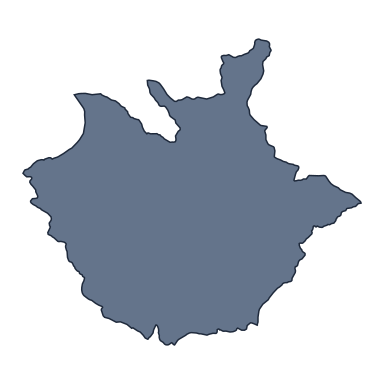 the district of Solok Selatan, Sumatera Barat, Indonesia
{"feature_id": "22746128B25846553351835", "entity_name": "Solok Selatan", "entity_type": "district", "adm_level": 2, "iso_a3": "IDN", "parent_name": "Indonesia", "parent_adm1": "Sumatera Barat", "projection": "albers", "projection_center": [101.284, -1.364], "detail": "fine", "context": "isolated", "style": "filled", "palette": "slate", "viewbox_px": 384, "rotation_deg": 0, "n_neighbors": 0, "source": "geoboundaries", "source_scale": "gbopen_adm2", "svg_char_len": 5902}
<svg xmlns="http://www.w3.org/2000/svg" viewBox="0 0 384 384"><path d="M147.3,80.5L147.7,85.1L149.5,88.9L150.0,92.6L150.8,94.2L154.1,97.7L155.5,100.1L157.9,102.6L159.1,105.2L160.0,106.0L161.1,106.3L164.2,106.1L165.6,106.9L167.9,110.3L169.2,113.6L169.5,115.1L170.4,116.5L175.2,120.0L175.8,123.0L180.1,127.9L180.2,129.4L179.7,130.3L178.3,131.2L175.5,136.0L176.0,139.2L175.8,140.7L175.2,141.8L173.1,142.2L172.7,142.0L170.1,142.3L164.3,138.9L162.9,137.3L161.3,136.4L160.0,134.9L158.4,134.7L157.0,133.7L150.6,133.8L148.0,132.9L146.9,133.8L144.3,131.2L142.5,127.4L141.6,124.0L139.0,120.1L138.3,119.6L137.2,119.5L133.9,118.5L132.8,117.6L130.6,117.3L127.9,113.5L127.6,111.7L125.1,109.1L124.8,107.9L121.8,106.5L120.7,105.7L119.0,103.6L115.4,100.9L111.4,100.0L106.9,97.0L105.2,96.6L101.9,95.0L100.7,93.8L92.1,94.7L85.4,93.4L81.1,93.5L78.7,93.7L74.3,94.8L82.9,107.2L83.9,108.8L84.7,111.6L84.6,115.1L85.2,122.8L83.4,133.5L79.6,139.6L77.4,142.3L71.8,148.1L69.2,149.5L63.6,153.5L57.5,157.1L54.0,158.2L52.2,159.1L50.7,157.8L48.9,157.7L44.7,159.2L43.9,160.1L43.4,159.8L41.3,159.7L38.1,160.5L37.1,160.9L33.4,163.8L30.6,167.2L29.3,167.9L28.1,169.0L25.0,169.9L24.3,170.8L23.0,173.3L24.9,175.3L26.7,176.8L30.4,176.7L31.5,177.3L31.8,177.9L31.6,179.0L30.0,180.9L29.8,182.2L31.0,184.3L32.7,186.1L35.7,189.9L35.8,191.8L37.7,195.9L37.7,197.1L37.3,197.9L35.9,198.4L32.4,198.7L30.6,201.0L30.6,201.9L31.2,202.9L33.2,204.5L35.9,205.9L37.6,207.3L40.6,208.6L41.2,209.6L47.6,213.2L51.0,216.8L51.4,218.8L51.1,220.3L49.2,223.1L49.6,225.7L50.3,226.7L50.1,227.7L47.8,232.6L48.2,234.4L51.5,235.9L52.3,236.8L54.0,237.8L57.8,241.3L58.8,241.6L60.9,241.4L64.1,242.1L65.5,243.0L66.2,244.0L65.6,246.0L65.6,247.1L66.4,250.0L67.1,251.5L67.5,257.4L68.6,260.4L69.1,261.2L70.0,261.8L71.2,262.1L72.1,262.7L73.1,264.5L73.5,265.7L74.7,267.1L75.1,268.5L76.6,270.3L77.5,271.1L78.6,271.4L79.2,271.9L79.5,273.3L80.1,273.9L82.2,274.9L82.7,276.4L84.4,277.5L84.5,278.0L84.0,280.5L82.4,283.9L81.8,287.4L81.7,289.8L82.0,291.6L82.3,292.9L83.2,294.6L84.0,295.6L88.0,298.7L89.5,299.6L91.8,300.4L95.6,303.3L98.7,305.1L101.9,306.4L102.5,306.9L102.6,307.5L101.4,309.1L101.3,310.0L103.2,315.8L104.6,317.3L109.1,318.5L116.2,322.2L120.4,321.8L127.0,324.4L131.7,328.3L132.9,327.8L137.6,330.9L140.3,332.1L143.3,335.3L145.2,338.0L147.6,339.2L148.2,339.0L149.1,337.4L150.2,336.8L153.0,333.0L153.6,329.9L155.8,325.1L156.7,325.1L157.6,326.3L158.5,328.8L158.7,331.2L158.4,332.7L159.3,335.5L159.2,337.2L159.6,339.1L160.4,340.6L163.2,342.4L164.6,344.1L165.9,344.8L167.2,344.9L168.6,344.7L171.6,342.7L172.7,343.4L173.1,344.2L174.2,344.9L174.6,344.9L177.6,340.4L179.0,339.2L185.8,335.2L186.8,334.3L189.4,333.0L191.2,332.6L196.5,333.0L199.2,333.8L200.9,333.8L207.0,335.1L209.2,334.2L212.9,333.3L216.0,333.4L216.7,332.8L217.1,332.0L217.2,329.6L218.4,329.0L219.2,329.2L219.7,329.9L220.1,329.7L223.1,331.2L226.0,331.1L230.0,332.0L233.0,331.7L235.4,330.8L236.4,330.0L236.9,328.6L237.7,328.1L241.7,330.2L244.6,330.2L246.5,329.0L247.2,325.5L250.5,322.8L252.0,323.0L254.6,324.0L257.8,325.5L257.1,324.9L258.0,322.0L258.0,317.1L258.9,311.0L259.5,309.1L262.8,304.2L268.3,299.7L269.2,297.9L273.3,292.7L277.5,288.2L279.5,287.0L281.9,285.0L282.5,283.9L283.5,283.1L285.0,282.7L287.2,282.6L287.7,282.4L288.3,281.8L290.2,281.6L291.3,281.1L291.9,280.4L292.1,278.2L295.2,272.6L295.5,270.9L294.9,268.2L295.4,266.6L296.4,266.5L297.5,265.5L298.6,261.4L300.0,259.8L302.0,258.9L305.0,255.2L305.1,253.8L304.8,253.2L302.8,251.8L301.9,250.6L301.7,249.6L300.4,248.3L299.3,245.4L299.2,243.5L300.2,243.1L302.3,243.2L302.8,243.0L304.9,241.1L306.4,238.8L308.2,237.5L311.9,233.8L312.1,232.3L311.7,231.5L311.6,230.8L312.4,230.0L312.9,228.8L313.3,226.4L314.1,225.9L314.9,226.0L315.2,226.6L315.9,226.9L316.5,226.8L317.1,226.1L317.5,226.1L319.3,227.1L322.0,227.4L322.9,227.1L323.4,226.4L327.0,225.2L327.7,224.5L329.7,224.7L331.5,223.6L333.9,223.1L335.8,220.6L336.0,219.2L336.5,218.8L337.1,217.5L337.7,216.8L339.9,216.0L340.9,215.0L341.3,212.7L342.2,211.8L342.9,211.4L345.7,210.6L346.7,208.7L347.2,208.4L351.5,207.8L353.3,206.8L355.6,206.4L358.3,203.6L361.0,203.2L360.9,202.3L360.1,201.2L355.7,197.6L352.1,194.2L349.7,193.1L345.6,192.4L340.3,189.8L338.3,187.8L333.7,185.7L331.0,183.7L328.9,181.1L325.8,176.4L324.9,175.7L323.6,175.5L318.5,175.8L309.3,175.5L308.5,176.0L306.3,179.0L303.4,179.0L302.2,179.8L300.7,180.3L298.3,180.2L296.1,180.8L294.5,180.9L294.0,180.4L294.0,179.9L295.5,174.2L296.3,171.9L298.0,170.0L298.7,168.2L298.8,167.1L298.4,166.3L297.4,165.8L294.4,165.2L293.3,164.4L289.4,163.8L287.9,163.3L286.3,162.2L283.2,161.4L280.7,160.0L276.9,158.6L274.5,157.1L274.3,156.6L274.9,150.9L274.1,147.5L273.5,146.8L269.1,144.9L267.9,143.8L265.9,139.6L265.9,135.0L264.8,131.4L264.8,130.5L267.1,127.7L267.1,127.0L266.8,126.4L260.6,125.4L254.0,119.6L250.2,115.2L249.6,113.7L249.3,110.1L248.2,107.4L247.3,105.9L247.1,104.6L247.0,102.1L247.5,100.3L250.7,94.4L251.1,91.5L251.9,88.9L253.0,87.2L254.8,85.3L257.0,83.6L260.9,78.8L263.0,74.1L263.7,70.9L262.6,64.6L263.0,61.5L265.9,58.7L266.6,57.1L269.2,55.6L269.8,52.5L271.0,50.7L271.0,50.0L269.3,46.7L269.6,44.9L269.5,43.5L268.7,42.2L266.7,41.0L261.2,40.1L259.3,39.2L258.3,39.1L256.4,39.7L255.4,40.5L254.7,42.4L254.8,43.8L254.4,45.3L253.4,48.2L252.8,48.8L249.8,50.7L249.0,52.1L247.9,53.1L244.2,54.4L241.4,55.8L239.8,55.8L238.0,56.3L236.1,57.3L235.2,57.5L233.4,57.3L228.8,54.7L226.2,55.5L223.6,55.4L221.8,56.0L221.3,56.8L221.4,57.8L223.0,61.7L223.7,62.6L223.7,63.3L223.5,63.9L221.9,65.3L221.6,65.9L221.1,67.9L220.2,69.3L220.1,70.7L220.5,73.6L222.0,77.2L221.9,78.2L221.1,80.5L222.0,86.3L223.7,89.7L224.9,92.9L223.9,93.9L222.2,94.5L220.4,94.6L218.1,94.0L216.9,94.6L213.4,96.9L206.7,99.0L197.9,97.2L196.4,97.7L194.8,98.9L193.5,99.2L191.9,99.0L189.1,97.5L186.8,96.9L182.0,99.7L180.1,100.1L178.3,100.1L176.4,101.4L174.5,101.3L170.2,97.8L167.0,94.5L163.4,88.6L160.2,84.2L158.9,82.9L156.0,81.4L153.2,80.8L148.9,80.2L147.3,80.5Z" fill="#64748b" stroke="#1e293b" stroke-width="1.5"/></svg>